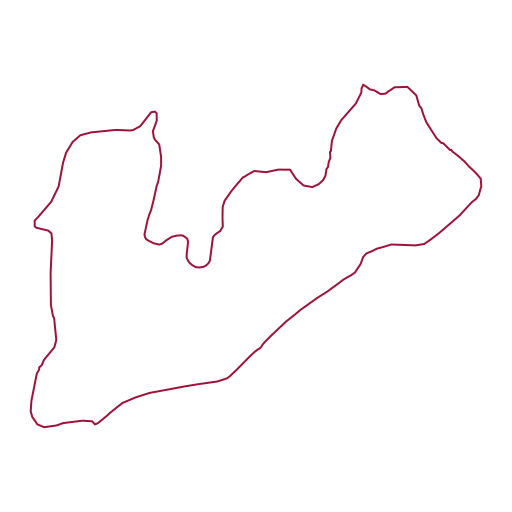 outline of San Pablo, San Marcos, Guatemala
{"feature_id": "79465075B73669305526668", "entity_name": "San Pablo", "entity_type": "district", "adm_level": 2, "iso_a3": "GTM", "parent_name": "Guatemala", "parent_adm1": "San Marcos", "projection": "natural_earth1", "projection_center": [-91.953, 14.976], "detail": "fine", "context": "isolated", "style": "outline", "palette": "rose", "viewbox_px": 512, "rotation_deg": 0, "n_neighbors": 0, "source": "geoboundaries", "source_scale": "gbopen_adm2", "svg_char_len": 2476}
<svg xmlns="http://www.w3.org/2000/svg" viewBox="0 0 512 512"><path d="M260.6,347.7L262.9,344.2L265.1,341.7L271.9,334.9L286.1,321.5L293.6,315.6L301.0,309.5L308.3,304.3L317.1,298.0L327.7,291.3L333.2,287.2L338.3,283.5L343.0,279.9L347.5,277.2L350.8,275.4L354.9,272.6L360.6,264.0L363.2,256.9L366.3,253.5L372.1,251.1L376.8,248.7L383.5,246.9L391.3,244.5L415.5,245.4L424.2,244.0L430.7,239.5L439.3,232.9L459.4,215.6L471.9,202.1L475.8,199.1L478.7,195.3L480.6,188.5L481.3,186.7L480.7,178.7L477.6,174.9L473.0,170.2L468.7,166.2L464.5,161.5L457.7,155.6L452.2,151.4L451.2,149.8L450.0,150.0L443.2,143.2L441.3,142.9L436.4,138.0L427.4,124.0L426.3,122.2L423.3,114.5L421.4,108.3L419.2,105.6L416.3,95.4L407.4,86.9L394.5,87.3L390.3,90.2L388.2,91.5L385.6,93.6L380.6,94.1L374.6,90.5L369.8,89.3L365.9,86.4L363.2,84.8L361.6,88.2L361.3,92.7L359.2,96.8L355.7,103.7L341.2,120.2L336.2,128.7L331.9,141.0L330.9,150.9L330.0,152.0L330.4,157.7L328.6,162.5L328.1,166.7L326.5,169.1L325.4,175.8L323.0,180.3L318.6,184.2L312.3,187.1L303.6,185.5L296.1,178.9L290.0,169.7L278.3,169.6L266.2,172.2L254.2,171.0L246.4,175.4L245.0,176.5L242.9,177.4L235.4,186.2L231.6,190.8L224.7,200.6L222.7,206.8L222.5,217.8L222.8,226.5L220.1,231.1L216.7,233.3L214.2,235.4L212.9,237.5L209.9,260.6L208.3,263.4L206.0,265.5L203.5,266.8L199.4,267.5L195.7,267.1L192.3,265.2L189.5,262.8L187.7,260.1L186.6,257.3L186.7,253.8L188.1,241.9L187.2,238.7L185.5,237.3L183.9,236.3L182.6,235.5L180.9,235.3L176.7,235.6L171.9,236.8L166.4,240.2L162.1,243.7L159.2,244.6L153.7,243.3L148.5,240.7L146.1,239.1L144.9,236.8L144.5,234.4L147.5,220.3L149.4,214.2L151.1,210.0L153.5,200.5L156.6,186.2L158.2,181.6L161.1,165.8L161.1,156.9L159.2,144.4L155.4,140.3L153.8,137.4L152.9,131.2L156.7,120.8L156.7,113.3L154.8,111.6L151.1,112.3L140.3,126.1L133.2,130.0L130.1,130.5L116.0,129.9L91.0,132.4L80.3,135.3L72.6,142.0L66.1,152.7L63.1,162.5L58.6,186.5L54.4,195.2L51.1,201.9L37.7,217.5L34.7,220.6L34.7,226.3L36.2,227.7L48.2,230.6L51.4,233.3L52.1,240.6L50.6,273.2L50.9,305.0L53.0,316.3L54.1,318.0L56.3,340.1L54.4,347.2L43.9,360.0L41.8,365.1L39.2,367.4L39.2,369.5L36.8,373.6L31.4,400.9L30.7,411.3L32.3,417.0L37.4,424.4L44.1,427.2L56.3,425.5L63.1,423.1L82.4,420.7L92.1,421.3L95.0,424.4L97.8,423.2L107.6,415.2L109.0,413.7L122.2,403.1L135.6,397.4L142.7,395.1L149.7,392.9L183.6,386.6L197.5,384.3L217.3,381.5L227.1,378.3L229.6,376.4L233.0,373.2L236.0,370.4L245.5,360.8L250.3,355.9L254.5,352.0L256.9,350.1L259.4,348.5L260.6,347.7Z" fill="none" stroke="#9f1239" stroke-width="2"/></svg>